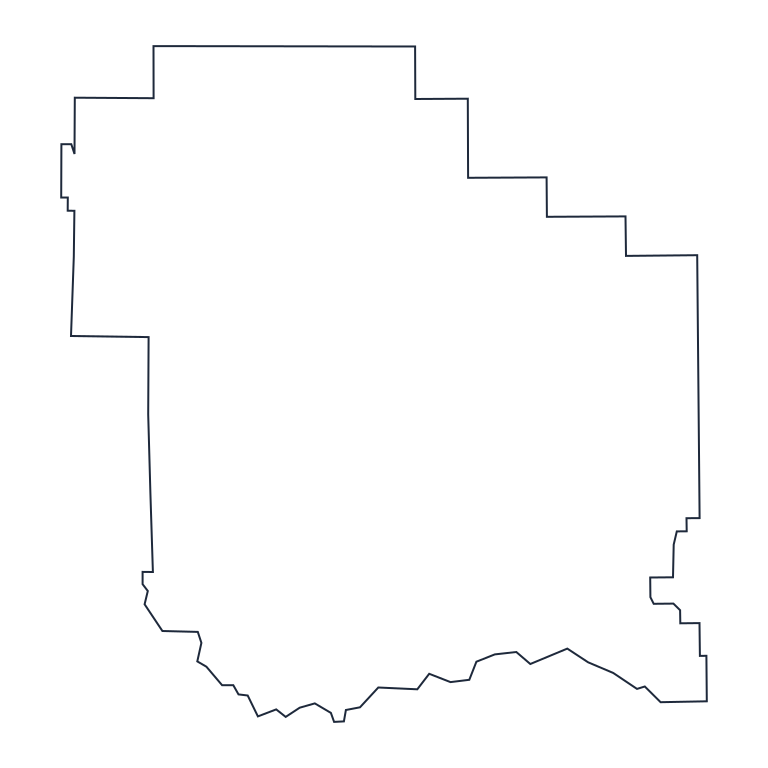 Judith Basin, Montana, United States of America
{"feature_id": "52423323B59970675911071", "entity_name": "Judith Basin", "entity_type": "district", "adm_level": 2, "iso_a3": "USA", "parent_name": "United States of America", "parent_adm1": "Montana", "projection": "orthographic", "projection_center": [-110.26, 47.045], "detail": "fine", "context": "isolated", "style": "outline", "palette": "slate", "viewbox_px": 768, "rotation_deg": 0, "n_neighbors": 0, "source": "geoboundaries", "source_scale": "gbopen_adm2", "svg_char_len": 1070}
<svg xmlns="http://www.w3.org/2000/svg" viewBox="0 0 768 768"><path d="M153.5,46.1L153.6,98.2L74.8,97.7L74.5,154.0L71.3,144.2L61.4,144.2L61.2,197.5L67.8,197.5L67.7,210.7L74.4,210.8L73.8,256.8L71.0,336.0L148.6,337.1L148.2,414.4L150.4,493.2L152.9,572.0L142.6,571.9L142.6,584.2L147.8,591.0L144.6,604.3L162.4,631.0L197.8,631.9L201.4,642.9L197.3,661.4L206.4,666.7L222.1,685.2L233.3,685.2L238.5,694.4L247.7,695.5L257.9,716.4L276.2,709.4L285.7,716.9L299.7,707.7L314.8,703.4L330.9,712.9L334.1,721.9L343.9,721.4L345.9,710.0L360.0,707.3L378.3,687.5L417.3,689.3L429.2,673.8L450.5,682.1L469.3,679.8L476.4,661.7L494.8,654.4L516.3,652.0L530.3,664.0L567.3,648.6L588.1,662.3L613.3,673.0L637.0,688.9L644.8,686.5L660.6,702.2L706.8,701.3L706.4,655.8L699.9,655.9L699.5,623.1L680.3,623.3L680.1,610.2L673.4,603.6L653.7,603.8L650.4,597.2L650.2,577.5L673.0,577.3L673.7,544.6L676.8,531.4L686.7,531.3L686.5,518.2L699.6,518.1L697.2,255.2L626.0,255.9L625.5,216.4L546.9,216.8L546.6,177.4L468.1,177.8L467.8,98.7L415.3,99.0L415.1,46.5L153.5,46.1Z" fill="none" stroke="#1e293b" stroke-width="2"/></svg>